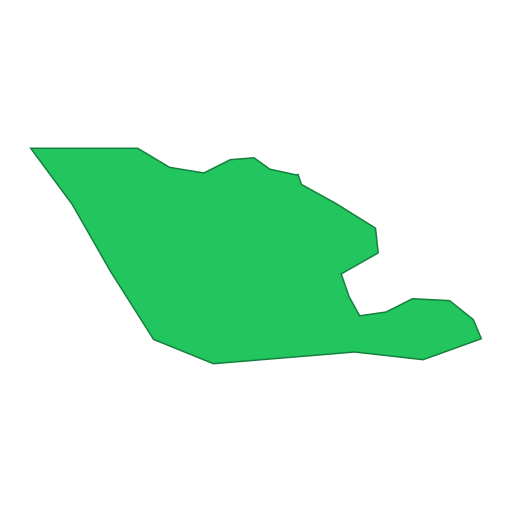 outline of Landskrona, Skåne, Sweden
{"feature_id": "70781695B51244524104", "entity_name": "Landskrona", "entity_type": "district", "adm_level": 2, "iso_a3": "SWE", "parent_name": "Sweden", "parent_adm1": "Skåne", "projection": "natural_earth1", "projection_center": [12.956, 55.915], "detail": "fine", "context": "isolated", "style": "filled", "palette": "green", "viewbox_px": 512, "rotation_deg": 0, "n_neighbors": 0, "source": "geoboundaries", "source_scale": "gbopen_adm2", "svg_char_len": 477}
<svg xmlns="http://www.w3.org/2000/svg" viewBox="0 0 512 512"><path d="M30.7,148.3L72.2,204.4L110.2,270.9L153.6,339.5L213.4,363.7L354.4,352.0L423.1,359.7L481.3,338.7L481.2,338.4L473.3,319.6L449.5,300.6L412.5,298.7L386.1,312.0L359.7,315.8L349.1,296.7L341.2,273.9L378.2,252.9L375.5,228.2L335.9,203.5L301.5,184.5L298.0,174.4L296.2,174.9L269.8,169.2L254.0,157.8L230.2,159.7L203.8,173.0L169.4,167.3L137.7,148.3L30.7,148.3Z" fill="#22c55e" stroke="#15803d" stroke-width="1.5"/></svg>